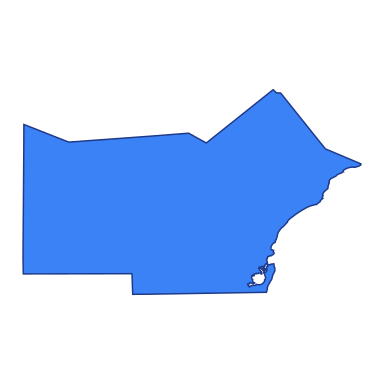 Magallanes, Santa Cruz, Argentina (Equal Earth projection)
{"feature_id": "61730980B60081089408424", "entity_name": "Magallanes", "entity_type": "district", "adm_level": 2, "iso_a3": "ARG", "parent_name": "Argentina", "parent_adm1": "Santa Cruz", "projection": "equal_earth", "projection_center": [-67.392, -48.773], "detail": "fine", "context": "isolated", "style": "filled", "palette": "blue", "viewbox_px": 384, "rotation_deg": 0, "n_neighbors": 0, "source": "geoboundaries", "source_scale": "gbopen_adm2", "svg_char_len": 5849}
<svg xmlns="http://www.w3.org/2000/svg" viewBox="0 0 384 384"><path d="M23.0,257.6L23.3,273.9L132.0,273.7L132.7,294.3L148.3,294.2L266.4,292.3L266.7,291.5L266.8,290.8L267.0,290.1L267.2,289.5L267.3,288.9L267.3,288.1L267.5,287.1L268.0,285.6L268.3,285.0L269.4,283.3L269.9,282.3L270.0,281.9L270.2,281.5L270.5,281.1L271.1,280.3L271.6,279.5L271.8,279.0L272.3,277.0L272.6,275.6L272.8,275.2L273.3,274.0L273.6,273.5L274.1,272.4L274.2,272.2L274.5,271.6L274.9,270.6L274.8,269.8L274.8,267.6L274.6,267.4L274.3,267.1L274.2,266.9L274.1,266.3L274.2,265.7L273.8,264.1L273.8,263.8L273.7,263.8L273.5,263.7L272.2,264.2L271.6,264.1L271.0,264.1L271.0,264.4L269.9,264.9L269.2,264.6L267.3,264.5L267.4,265.1L267.8,265.7L267.7,266.1L266.9,266.7L266.8,267.1L266.7,267.8L266.8,269.7L266.8,271.0L266.4,271.6L265.7,272.2L264.4,272.3L263.7,272.5L263.8,273.0L264.5,274.1L265.6,277.4L265.6,278.0L265.3,279.2L264.6,279.8L264.7,280.4L264.4,281.5L263.4,282.8L262.0,284.0L260.3,284.7L258.9,284.8L258.2,284.6L257.3,284.7L256.7,284.4L256.3,284.3L255.5,285.3L254.6,285.5L254.2,285.5L253.4,285.2L252.8,285.3L251.3,285.8L250.7,286.1L250.2,286.5L249.8,286.9L249.4,286.7L249.5,286.3L249.2,286.1L248.9,286.5L248.4,286.3L248.4,285.5L248.1,284.6L247.7,284.4L247.6,284.1L248.2,284.0L248.9,284.0L249.7,283.7L249.7,282.6L250.8,282.8L251.5,283.1L252.1,283.5L253.8,283.5L254.1,283.1L255.2,283.2L254.9,283.0L253.4,282.3L253.1,282.0L252.5,280.6L252.5,280.0L252.7,279.4L251.8,278.6L251.4,277.6L251.5,277.1L251.7,276.8L251.9,276.3L252.1,275.9L252.6,276.1L252.8,275.7L252.2,275.4L252.7,275.1L252.7,275.4L253.3,275.6L253.9,275.7L254.2,275.6L253.9,275.0L254.0,274.2L254.7,274.0L254.9,274.0L255.3,273.7L256.0,273.9L256.2,273.5L256.5,273.3L256.8,273.3L257.3,273.4L257.6,273.6L258.3,273.6L258.9,273.1L259.7,273.0L260.3,273.1L260.7,273.4L260.9,273.4L260.9,273.7L261.1,274.0L261.5,274.1L261.8,273.9L261.9,273.3L261.9,273.0L261.6,272.5L261.2,272.1L261.2,271.6L261.2,271.4L260.7,271.1L260.3,270.7L260.2,270.5L259.7,270.2L259.5,269.8L259.2,269.3L258.9,268.1L258.7,268.0L258.7,267.7L258.8,267.5L259.0,267.4L259.3,267.6L259.5,267.4L259.8,267.3L260.1,267.0L260.6,266.8L261.7,266.6L262.1,266.7L263.0,266.6L263.1,266.4L263.5,266.4L264.2,265.9L264.9,265.5L265.0,265.0L265.4,264.8L265.6,264.4L265.6,264.2L265.9,264.0L266.0,263.6L266.6,263.4L267.1,263.3L267.4,263.1L267.4,262.2L266.5,259.7L266.5,259.4L266.8,259.1L267.0,259.0L267.1,258.9L267.3,258.7L267.3,258.1L267.4,257.6L267.7,256.8L268.3,256.7L268.5,256.4L269.2,256.1L269.7,256.0L270.2,255.7L271.0,255.8L271.3,255.6L271.6,255.6L271.8,255.3L272.5,254.8L272.8,254.7L273.0,254.7L273.6,254.1L273.8,253.7L273.9,253.4L274.0,253.4L274.1,252.9L273.9,252.6L273.6,252.4L273.5,252.2L273.3,251.6L273.2,251.0L273.2,250.8L273.3,250.7L273.6,250.6L273.6,250.4L273.3,250.3L272.4,250.0L272.1,249.8L271.6,249.9L271.4,249.8L271.1,249.3L271.0,248.9L270.9,248.6L270.9,247.9L271.1,247.1L271.2,246.5L271.8,245.3L272.1,244.7L272.9,243.7L273.4,243.2L273.9,243.0L275.0,242.5L275.1,242.4L275.2,242.0L275.3,241.9L275.4,241.7L275.2,241.0L275.2,240.8L275.4,240.4L275.7,240.1L276.0,239.9L276.2,239.6L276.3,239.0L276.6,238.3L276.7,237.8L277.2,236.3L277.4,234.9L277.5,234.4L277.7,234.2L277.9,233.4L278.1,232.7L278.4,232.2L279.0,231.2L279.6,230.4L279.9,230.0L280.6,228.9L281.4,228.0L281.6,227.9L282.3,227.2L283.3,226.6L283.6,226.2L284.4,225.4L285.3,224.4L285.7,223.9L286.3,223.3L286.9,222.7L287.2,222.4L287.5,222.0L287.5,221.7L287.6,221.2L287.8,220.8L288.2,220.4L288.8,219.8L289.5,219.1L290.7,218.1L292.5,216.8L293.2,216.2L294.9,214.9L295.1,214.8L295.5,214.5L296.0,214.1L296.9,213.5L297.1,213.3L298.7,212.3L299.5,211.8L300.1,211.4L300.9,210.9L302.5,209.9L306.4,207.7L307.8,207.0L310.0,206.1L311.2,205.7L314.1,204.9L315.0,204.7L316.0,204.5L316.5,204.5L316.9,204.3L317.1,203.9L317.6,203.4L318.7,202.7L319.7,202.1L320.2,201.6L320.2,201.0L320.4,200.7L320.7,200.3L320.8,200.1L321.3,199.8L321.4,199.6L321.9,199.2L322.1,198.8L322.9,198.5L322.9,198.4L322.9,198.1L322.6,198.0L322.4,197.7L322.3,197.3L322.4,197.1L322.4,196.7L322.7,196.1L322.9,195.7L323.1,195.5L323.1,195.4L322.8,195.1L322.7,194.7L322.8,194.3L322.9,193.8L323.3,193.0L323.6,192.7L323.7,192.3L323.8,192.1L324.4,191.6L324.9,191.1L325.1,190.9L325.3,190.8L325.6,190.4L325.9,190.1L327.0,189.3L327.1,189.2L327.8,188.7L327.8,188.2L327.9,187.8L328.1,187.2L328.0,186.7L328.2,185.6L328.6,184.6L328.9,183.6L329.2,183.2L329.0,182.8L329.0,182.6L329.1,182.4L329.3,182.0L329.2,181.5L329.0,181.1L329.1,180.9L329.4,180.3L329.7,180.0L329.9,179.8L330.1,179.5L330.3,179.2L330.8,178.7L331.1,178.6L332.3,177.9L334.4,176.9L335.3,176.4L335.9,176.1L336.6,175.4L337.6,174.5L338.3,174.1L338.7,173.9L340.4,173.4L341.3,173.0L341.7,172.7L342.1,172.5L342.7,172.0L343.1,171.9L342.8,171.7L342.8,171.4L343.5,170.4L343.9,169.9L344.6,169.5L345.1,169.3L346.0,168.7L346.7,168.4L348.0,167.9L349.7,167.5L350.5,167.3L351.7,167.2L352.6,167.1L353.7,167.2L354.9,167.3L355.3,167.2L355.5,167.2L356.1,166.9L357.0,166.6L357.5,166.6L358.5,166.2L359.3,165.9L359.5,165.7L360.2,165.4L360.4,165.2L360.8,164.7L361.0,164.2L360.9,164.1L360.9,163.9L325.4,148.9L316.6,138.0L280.6,93.0L276.5,92.9L273.1,89.7L206.3,143.0L188.6,133.2L150.0,136.2L111.8,139.0L68.7,142.1L23.9,124.5L23.8,149.3L23.0,257.6ZM264.4,266.8L264.8,266.5L264.8,266.4L264.6,266.2L264.1,266.4L264.0,266.7L263.7,266.7L262.6,266.9L262.1,266.9L261.7,267.0L261.2,267.0L261.0,266.9L260.8,266.9L260.8,267.0L260.6,267.2L260.1,267.3L259.6,267.6L259.7,267.8L259.8,267.9L260.4,268.4L260.7,268.6L261.1,268.6L261.5,268.8L261.7,269.1L261.9,269.0L262.0,268.9L262.3,268.9L262.5,269.0L263.0,268.9L263.8,268.1L264.0,267.3L264.1,267.2L264.4,266.8ZM264.5,270.7L265.0,270.3L265.6,270.0L265.6,269.8L265.8,269.6L265.6,269.1L265.4,268.9L265.3,268.7L265.2,268.6L264.6,268.6L264.3,269.0L264.0,269.6L263.4,270.0L263.0,270.2L262.9,270.3L263.0,270.7L263.2,270.9L263.5,271.0L263.9,270.9L264.3,270.9L264.5,270.7Z" fill="#3b82f6" stroke="#1e3a8a" stroke-width="1.5"/></svg>